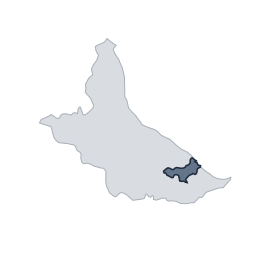 location of Rîşcani within Moldova, rotated 162°
{"feature_id": "MDA-1617", "entity_name": "Rîşcani", "entity_type": "District", "adm_level": 1, "iso_a3": "MDA", "parent_name": "Moldova", "parent_adm1": "", "projection": "equal_earth", "projection_center": [27.482, 47.936], "detail": "fine", "context": "in_parent", "style": "filled", "palette": "slate", "viewbox_px": 256, "rotation_deg": 162, "n_neighbors": 0, "source": "natural_earth", "source_scale": "10m", "svg_char_len": 2750}
<svg xmlns="http://www.w3.org/2000/svg" viewBox="0 0 256 256"><g transform="rotate(162 128 128)"><path d="M45.4,49.4L46.5,47.3L56.1,41.8L58.6,42.7L63.6,42.9L73.8,42.7L78.9,39.1L82.0,40.1L84.5,38.4L88.7,36.4L89.3,36.8L89.9,37.2L96.4,38.1L101.3,40.0L104.6,43.1L108.0,45.0L111.5,45.7L113.4,47.2L113.8,49.5L117.1,50.7L123.2,50.6L125.9,52.2L124.9,55.2L125.6,56.3L127.7,55.2L129.4,56.1L130.3,58.4L131.3,59.5L134.4,55.9L137.7,56.3L145.7,57.7L150.1,65.1L152.8,67.8L155.1,68.9L158.1,67.7L160.7,66.4L162.2,67.0L165.5,71.9L166.3,78.4L166.3,81.0L165.2,85.4L163.6,90.0L162.4,93.1L162.9,95.5L164.1,97.6L166.0,98.2L172.3,102.4L174.7,105.2L178.1,107.4L180.7,107.5L182.0,108.7L182.5,110.1L182.2,113.8L180.8,117.3L181.0,119.5L183.3,122.2L183.6,125.3L183.8,127.2L185.0,128.8L190.8,132.1L198.3,135.4L200.2,138.2L201.4,141.8L201.1,147.8L200.7,153.0L210.6,160.1L209.5,161.4L208.0,162.8L198.7,163.9L196.8,164.5L192.7,159.2L190.5,158.5L188.6,160.5L186.2,161.6L183.4,161.0L180.4,159.4L178.8,158.2L177.6,158.1L175.7,159.2L173.2,158.7L171.6,157.4L169.2,161.9L167.8,162.9L166.9,162.7L166.6,155.1L165.9,153.9L164.0,153.8L159.5,155.6L155.2,157.9L153.8,160.0L154.0,163.8L154.6,168.3L157.6,175.1L156.0,178.1L154.9,182.8L150.3,187.2L145.1,189.7L144.7,195.0L141.8,198.5L136.8,202.1L133.5,206.4L134.3,209.3L134.6,212.1L134.0,214.0L133.9,215.5L132.6,216.1L124.9,216.7L122.8,217.6L120.3,219.6L117.9,215.7L115.5,212.3L113.7,210.5L114.5,209.6L116.4,208.7L117.7,207.5L117.6,203.5L116.5,198.8L115.6,196.6L115.5,193.1L114.8,187.6L115.7,177.4L119.5,164.7L121.5,158.4L120.5,154.9L121.3,146.8L119.6,142.8L117.0,137.6L113.3,126.4L108.7,122.4L103.0,118.1L100.6,114.9L99.0,111.3L95.6,107.8L91.8,104.5L87.2,96.4L84.8,92.7L84.1,91.7L78.8,86.5L76.1,81.8L74.7,77.9L73.9,74.4L70.2,67.3L66.9,62.0L63.7,58.3L62.3,55.6L58.6,52.3L53.3,49.6L49.9,49.1L45.4,49.4Z" fill="#d9dde1" stroke="#a8b0b8" stroke-width="1"/><path d="M76.5,79.8L76.5,79.7L76.3,79.5L75.4,79.0L75.3,78.7L75.0,78.2L74.5,77.3L73.9,76.4L73.3,76.0L74.9,75.2L74.6,74.7L74.1,74.5L73.5,74.3L73.0,74.0L73.0,73.6L73.0,71.8L73.0,71.5L72.2,70.6L71.1,70.1L70.6,69.6L71.4,68.6L71.4,68.4L71.8,68.3L73.1,68.2L74.4,67.8L75.4,66.4L76.1,64.7L77.3,63.4L78.7,63.1L79.5,64.2L80.7,64.7L81.5,64.1L82.5,64.2L83.5,64.2L85.4,63.6L89.1,61.3L89.1,60.7L88.6,59.1L88.6,57.7L90.1,58.6L91.3,60.2L93.3,60.6L95.2,61.6L95.0,63.7L94.6,64.1L94.5,64.6L94.8,65.2L94.8,65.8L94.6,66.2L94.5,66.7L95.0,67.7L95.9,68.3L97.6,69.1L99.1,68.4L100.2,67.1L101.6,67.1L104.6,70.3L105.5,70.9L105.7,72.0L106.1,73.7L107.5,74.0L107.6,75.9L105.2,77.0L102.7,77.8L101.2,77.2L98.7,74.7L97.1,74.6L95.7,75.3L94.1,75.4L89.9,73.3L87.7,72.8L85.7,73.0L84.4,74.3L82.8,74.2L80.9,74.6L79.3,76.2L79.1,77.4L78.7,78.5L77.9,79.1L77.1,79.6L76.5,79.8Z" fill="#64748b" stroke="#1e293b" stroke-width="1.5"/></g></svg>